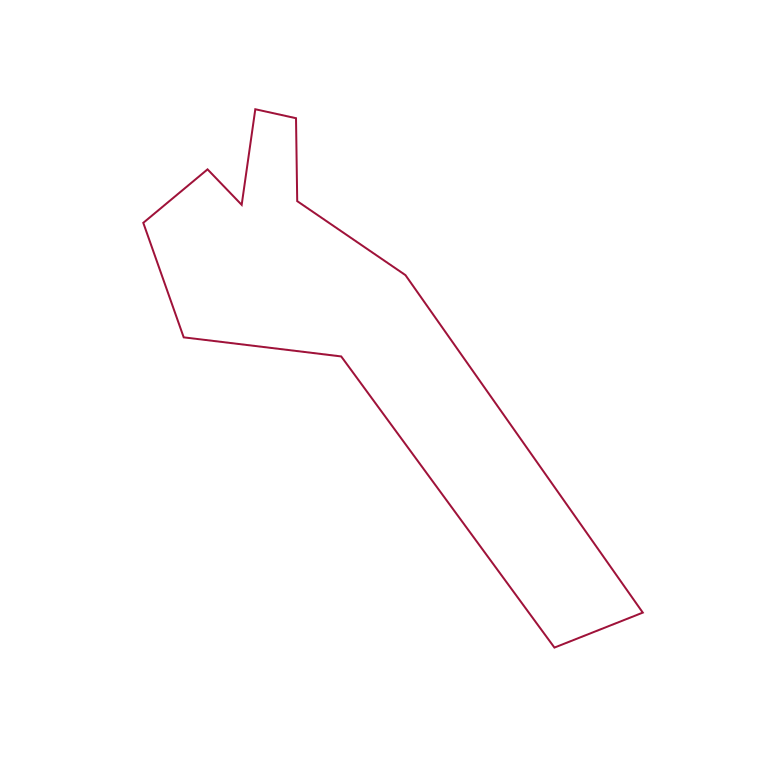 the district of Kapoeta South, Eastern Equatoria, South Sudan, rotated 345°
{"feature_id": "79223893B10541432646171", "entity_name": "Kapoeta South", "entity_type": "district", "adm_level": 2, "iso_a3": "SSD", "parent_name": "South Sudan", "parent_adm1": "Eastern Equatoria", "projection": "robinson", "projection_center": [33.621, 4.545], "detail": "fine", "context": "isolated", "style": "outline", "palette": "rose", "viewbox_px": 768, "rotation_deg": 345, "n_neighbors": 0, "source": "geoboundaries", "source_scale": "gbopen_adm2", "svg_char_len": 309}
<svg xmlns="http://www.w3.org/2000/svg" viewBox="0 0 768 768"><g transform="rotate(345 384 384)"><path d="M193.2,166.0L202.6,287.1L349.8,346.3L480.4,682.7L574.8,671.8L432.9,284.4L347.5,184.9L367.8,104.5L330.8,85.3L292.9,174.1L269.1,131.0L193.2,166.0Z" fill="none" stroke="#9f1239" stroke-width="2"/></g></svg>